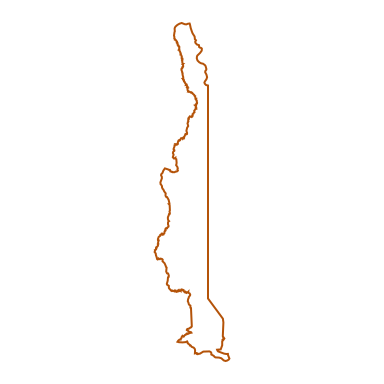 Óbidos, Pará, Brazil (Natural Earth projection)
{"feature_id": "56859067B10175344529781", "entity_name": "Óbidos", "entity_type": "district", "adm_level": 2, "iso_a3": "BRA", "parent_name": "Brazil", "parent_adm1": "Pará", "projection": "natural_earth1", "projection_center": [-55.806, 0.073], "detail": "fine", "context": "isolated", "style": "outline", "palette": "amber", "viewbox_px": 384, "rotation_deg": 0, "n_neighbors": 0, "source": "geoboundaries", "source_scale": "gbopen_adm2", "svg_char_len": 5962}
<svg xmlns="http://www.w3.org/2000/svg" viewBox="0 0 384 384"><path d="M208.0,85.5L206.0,85.0L204.8,83.7L204.4,82.6L204.9,81.4L206.4,79.3L207.1,77.2L206.4,74.5L205.2,72.3L205.3,71.1L206.2,69.9L206.4,69.1L205.6,66.1L204.9,65.1L203.0,63.7L201.1,63.3L199.3,62.3L197.5,60.5L196.8,58.4L196.9,56.8L197.3,55.6L200.0,53.0L201.5,51.0L201.8,50.1L201.8,48.5L201.0,47.9L199.9,47.6L199.1,47.0L199.0,45.2L196.9,44.5L195.4,42.8L195.2,41.8L196.0,40.3L194.9,39.2L194.6,36.5L192.6,33.4L191.9,31.6L190.7,28.0L189.9,24.2L189.6,23.5L187.7,23.8L186.3,24.4L184.7,24.2L181.7,23.0L179.5,23.7L177.4,24.9L175.5,26.6L174.9,27.6L174.6,28.7L174.8,31.4L174.5,32.1L174.0,35.6L174.4,37.0L174.3,38.5L174.9,39.0L174.8,39.7L176.0,40.2L176.5,41.2L176.7,42.3L177.1,42.1L177.4,43.4L177.6,43.4L177.6,44.8L178.4,45.3L178.7,45.9L178.4,46.1L179.1,47.1L179.3,47.1L179.3,48.4L178.7,49.9L179.5,50.1L179.5,50.9L180.1,51.7L180.3,52.9L180.8,53.3L180.5,54.6L181.0,54.7L181.5,55.7L181.8,56.6L181.6,56.9L181.7,57.9L182.4,58.4L182.5,58.8L181.9,59.1L182.4,60.0L182.0,60.7L182.3,61.1L182.3,62.4L182.7,63.3L182.5,64.0L182.9,64.0L182.7,64.2L183.1,64.9L183.1,66.1L182.9,66.4L183.1,66.7L182.8,67.2L182.3,67.3L182.2,68.0L181.8,68.4L182.0,68.6L181.5,69.1L181.4,69.8L182.4,72.5L182.2,72.8L182.7,73.9L182.5,74.6L183.2,77.0L183.3,78.4L182.7,78.6L183.1,79.0L183.0,79.5L183.4,80.0L183.7,79.9L184.0,80.1L183.9,81.1L184.3,81.5L184.2,81.7L184.8,82.2L185.2,83.3L185.7,83.6L186.0,84.1L185.8,84.9L186.7,84.7L186.8,85.0L186.4,85.4L187.6,86.7L187.7,86.9L187.5,87.1L187.2,86.9L186.9,87.4L187.9,88.0L187.4,88.4L187.6,90.2L188.2,90.9L188.1,91.3L188.4,91.2L188.8,91.8L189.2,91.6L190.9,92.6L191.2,92.2L191.5,92.3L192.4,93.0L192.5,93.5L194.2,94.9L194.4,95.7L195.0,96.0L194.9,96.2L195.3,97.1L195.5,99.0L195.8,99.2L196.3,99.0L196.3,100.3L196.9,101.0L196.7,102.0L197.1,102.7L197.0,103.5L195.9,104.2L196.0,105.0L195.0,105.3L195.7,106.0L196.0,105.9L195.8,106.9L196.2,107.3L195.7,108.0L196.3,108.8L195.4,109.2L194.2,110.8L194.5,112.2L193.7,112.7L193.5,113.6L192.6,114.1L192.5,115.1L192.7,115.7L192.3,116.6L191.8,116.9L191.5,116.3L190.5,116.8L189.8,116.4L188.4,118.2L188.9,118.6L188.9,119.0L188.1,120.0L188.4,121.4L187.9,122.0L188.0,122.3L187.5,123.3L188.2,126.0L187.1,127.8L186.4,130.9L187.1,132.9L187.0,134.0L186.6,134.3L185.5,134.0L184.5,136.4L183.5,137.3L184.1,138.0L183.9,138.4L183.1,138.1L182.7,138.8L182.2,138.1L181.1,138.2L180.0,140.3L179.5,140.6L179.1,140.1L178.5,140.5L177.8,142.4L177.9,143.9L177.3,144.5L176.7,144.7L176.3,144.1L175.5,144.1L175.9,144.7L174.5,145.3L174.6,146.1L173.6,148.8L173.6,149.4L174.3,150.0L174.4,150.3L174.3,150.7L174.0,150.6L173.1,152.0L172.9,153.1L173.6,154.7L172.8,157.2L173.9,158.5L174.4,158.5L175.4,157.8L175.4,158.5L176.3,159.2L176.6,162.5L176.5,164.0L176.1,165.1L177.4,167.0L177.8,168.4L177.4,169.2L177.9,170.6L176.8,171.5L175.8,171.5L174.6,172.2L172.6,172.2L172.4,171.9L171.4,171.9L170.9,171.4L170.3,171.3L170.3,170.6L169.9,169.9L168.9,169.9L168.1,169.4L164.9,168.4L163.3,170.7L162.5,172.9L161.2,174.3L161.1,175.5L161.8,176.6L161.9,178.3L160.4,182.4L160.6,184.2L161.0,184.5L162.0,186.2L162.0,187.3L162.6,188.8L163.3,189.4L164.2,191.4L165.7,193.4L165.5,195.2L165.7,196.1L166.4,197.1L167.1,197.1L168.6,199.8L169.5,203.6L169.4,204.0L168.9,204.1L169.6,204.9L169.7,205.9L169.9,210.4L169.5,211.5L169.9,213.2L169.6,214.1L169.0,214.1L168.7,215.4L167.9,217.2L167.9,219.0L168.3,220.4L169.0,221.1L168.4,221.5L168.0,222.6L168.0,224.4L168.5,225.6L168.5,226.6L167.4,227.5L167.1,228.3L166.7,228.5L166.1,228.2L165.6,228.6L165.3,229.4L165.6,230.5L165.3,230.9L164.8,231.0L164.5,231.6L164.4,233.2L163.7,233.9L163.5,234.5L162.7,234.7L162.3,233.6L161.6,233.6L161.0,234.8L160.3,234.9L160.2,235.8L158.7,236.9L157.9,239.2L158.0,240.2L158.7,240.4L158.1,242.2L158.1,243.4L158.3,243.8L157.8,244.1L158.0,245.3L157.8,246.0L156.9,246.9L156.7,247.5L156.5,247.1L156.1,247.4L155.9,249.5L154.9,250.1L155.1,250.6L154.6,252.0L155.7,253.4L156.0,255.6L156.4,256.3L157.1,259.1L157.6,259.5L157.9,259.4L158.3,258.4L158.5,258.3L159.4,259.1L159.9,259.2L160.7,258.6L162.2,259.1L162.7,259.7L162.5,261.2L164.6,263.3L165.8,266.1L165.9,266.8L166.6,267.5L166.2,271.5L167.0,273.3L168.1,273.5L168.8,275.5L168.7,276.9L168.0,277.3L167.7,280.7L166.8,283.9L167.1,284.7L168.8,285.8L168.9,288.0L169.6,289.0L170.2,289.5L170.8,290.4L171.4,290.4L171.3,290.7L171.9,291.1L173.2,290.8L174.2,291.3L174.8,290.6L175.1,291.2L175.6,290.9L176.2,291.8L176.7,291.9L177.1,291.7L177.0,291.4L177.3,291.4L177.5,290.7L177.8,290.8L178.3,290.4L178.3,291.0L178.8,290.9L178.9,291.2L179.8,290.9L180.0,290.5L180.7,291.0L180.7,290.4L181.2,289.7L181.5,290.1L182.2,289.7L182.6,290.1L182.8,289.8L183.6,290.1L183.7,291.0L184.2,291.7L184.6,291.6L184.8,292.0L185.2,291.8L185.4,292.3L185.7,292.1L186.0,292.6L186.5,292.9L187.0,292.3L187.6,292.5L188.2,291.9L188.1,292.6L189.7,293.5L190.2,294.6L190.1,295.3L188.8,297.1L188.6,298.2L188.1,299.1L187.8,301.3L188.4,302.5L188.9,304.5L190.4,305.6L190.4,307.7L191.0,308.0L191.8,326.3L191.2,327.3L190.6,327.4L189.2,328.5L187.3,329.0L186.8,329.9L186.8,330.1L187.9,330.6L188.6,331.5L191.2,332.3L191.4,332.7L189.8,333.0L187.7,334.0L187.2,333.4L186.8,333.5L186.2,334.0L185.9,334.7L184.8,335.1L183.7,336.6L182.5,335.8L181.6,337.2L181.6,337.8L180.9,338.7L180.7,339.6L179.5,339.6L178.3,340.6L177.5,341.8L178.9,342.2L182.5,342.4L185.7,342.1L187.1,341.4L187.7,342.5L187.7,343.3L189.9,344.9L189.9,345.5L190.8,345.6L191.6,346.8L193.6,347.6L194.3,348.3L194.8,349.0L195.1,350.3L194.9,353.4L196.7,353.0L197.0,353.2L197.1,354.1L197.8,354.2L198.5,353.8L199.9,353.7L203.3,351.6L209.4,351.4L210.7,352.0L211.4,353.2L211.3,354.5L213.7,355.8L214.4,356.7L215.4,357.4L219.1,357.6L221.4,358.3L223.7,360.4L225.6,361.0L227.3,360.5L228.7,359.6L229.4,358.6L228.0,355.0L227.9,353.9L226.3,354.0L224.0,353.6L218.1,351.4L217.4,350.5L217.1,349.7L220.7,349.4L222.2,345.3L222.2,341.2L222.8,340.3L222.6,339.7L223.1,339.4L223.4,339.9L223.8,339.4L223.5,338.4L224.1,338.7L224.3,338.5L222.8,336.2L223.4,322.5L222.9,318.7L208.0,298.5L208.0,85.5Z" fill="none" stroke="#b45309" stroke-width="2"/></svg>